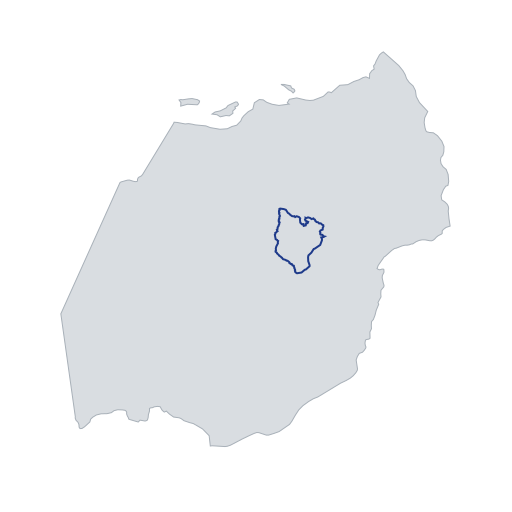 Iringa, Iringa, United Republic of Tanzania (highlighted), rotated 262°
{"feature_id": "72390352B92646008536074", "entity_name": "Iringa", "entity_type": "district", "adm_level": 2, "iso_a3": "TZA", "parent_name": "United Republic of Tanzania", "parent_adm1": "Iringa", "projection": "robinson", "projection_center": [35.361, -7.564], "detail": "medium", "context": "in_parent", "style": "outline", "palette": "blue", "viewbox_px": 512, "rotation_deg": 262, "n_neighbors": 0, "source": "geoboundaries", "source_scale": "gbopen_adm2", "svg_char_len": 5591}
<svg xmlns="http://www.w3.org/2000/svg" viewBox="0 0 512 512"><g transform="rotate(262 256 256)"><path d="M191.1,370.8L185.7,367.6L180.8,365.6L176.8,363.4L175.0,361.3L171.2,360.5L167.9,360.2L164.9,358.2L158.7,357.5L158.0,356.2L157.9,353.3L156.9,352.5L154.6,351.8L152.2,351.8L150.7,352.2L149.8,352.0L147.8,350.3L145.9,348.1L145.2,344.7L142.4,342.4L139.1,340.7L130.0,340.8L128.6,340.3L126.5,338.6L123.9,335.6L121.9,332.3L120.1,327.8L118.2,321.8L107.8,297.6L106.7,293.0L104.6,287.9L101.3,281.7L97.7,277.0L92.9,272.8L87.5,268.6L84.6,265.8L78.9,254.4L77.8,249.1L76.9,243.6L77.2,241.3L80.7,234.2L81.1,232.2L80.6,229.5L78.9,223.8L76.7,216.9L72.2,204.4L71.6,201.2L71.6,198.8L74.2,186.1L74.2,184.3L84.6,184.6L92.2,179.0L98.8,170.6L100.2,167.2L102.9,161.8L105.5,159.1L106.5,157.3L108.0,152.0L111.5,148.3L114.9,145.6L114.2,143.6L114.7,142.9L116.5,141.5L120.1,140.1L120.8,137.4L120.8,134.2L120.2,132.4L120.3,130.4L119.8,129.3L117.4,129.0L114.0,127.4L111.0,126.7L109.0,125.8L108.3,125.1L108.0,123.2L109.6,118.3L108.0,116.3L111.6,108.3L112.2,107.3L113.6,107.1L115.7,106.3L117.6,105.9L119.2,106.2L120.3,105.9L121.4,104.9L122.2,102.2L123.0,97.6L122.6,93.9L121.0,91.0L120.6,86.6L121.3,80.7L120.8,75.8L119.1,71.9L117.4,69.5L114.8,68.4L110.7,62.4L109.4,59.6L109.6,57.7L111.1,57.0L113.7,57.2L116.1,56.6L118.4,54.9L120.7,54.4L121.9,54.7L225.9,54.7L347.6,131.5L348.1,132.5L349.0,139.1L348.8,141.3L347.0,145.1L346.4,147.1L346.4,148.5L346.9,149.1L348.4,149.3L349.8,150.2L350.3,150.9L351.3,153.7L352.7,155.2L398.8,192.9L399.9,193.5L399.2,196.6L396.6,204.3L396.5,207.5L395.4,211.2L394.4,213.7L391.8,224.5L389.5,228.6L386.5,238.0L386.0,245.3L387.6,250.3L388.2,255.1L391.8,259.7L394.6,261.4L396.6,263.5L400.0,268.4L401.9,273.3L408.0,275.7L410.5,281.1L409.6,284.9L406.7,288.0L404.0,293.1L401.9,299.7L401.8,309.9L403.3,308.3L406.5,310.8L406.9,318.3L403.5,327.0L402.5,331.0L402.3,334.5L404.7,344.9L408.4,350.2L408.1,351.9L407.2,353.3L413.4,362.7L412.9,370.8L415.2,377.2L416.2,382.7L417.8,386.9L418.1,389.8L416.1,393.1L420.7,393.9L423.4,396.5L424.6,399.0L427.9,398.9L429.7,400.7L432.3,402.1L438.0,406.3L439.5,408.5L440.4,410.5L424.7,423.9L419.0,427.3L415.0,428.9L410.6,429.8L406.5,431.9L402.6,435.2L397.6,436.9L391.6,436.9L385.2,439.2L375.2,446.2L369.4,442.3L364.8,441.1L359.5,441.2L356.3,441.7L355.2,442.5L354.2,444.9L353.3,448.8L349.8,452.5L343.8,456.0L338.2,457.4L333.1,456.5L329.7,455.0L327.9,452.9L325.2,452.0L321.7,452.1L318.4,453.6L315.2,456.4L310.0,457.6L303.0,457.2L299.2,455.9L298.7,453.6L295.6,450.8L290.0,447.7L285.8,447.7L283.2,450.6L280.7,452.5L278.5,453.3L276.6,453.4L273.7,452.6L265.9,452.3L258.6,452.4L257.8,448.1L256.3,445.4L255.0,443.9L252.4,443.5L251.7,442.3L250.9,439.6L249.6,437.3L248.0,435.4L247.0,433.7L246.6,432.1L246.9,430.3L248.4,425.9L248.9,422.8L248.7,419.7L247.9,416.6L246.1,412.8L246.3,411.7L245.7,409.1L245.7,407.3L246.0,405.1L245.7,402.1L244.2,395.8L244.2,394.2L242.6,391.1L237.7,383.9L237.4,382.9L229.7,375.7L226.7,374.1L225.6,375.4L225.1,376.7L225.5,379.0L225.3,380.2L225.0,380.7L223.1,380.6L222.0,380.4L219.1,378.4L216.8,377.9L211.2,378.3L209.2,378.7L207.7,378.3L204.7,375.0L201.2,374.3L198.1,374.1L192.9,370.3L191.1,370.8ZM408.9,249.2L411.4,257.2L411.1,258.7L409.3,259.6L408.4,259.7L407.2,258.4L406.5,255.7L405.1,256.4L402.8,253.1L400.5,253.0L398.5,249.1L399.3,245.8L398.8,240.0L401.3,237.1L402.7,232.2L404.3,235.5L404.7,240.8L406.8,247.0L408.9,249.2ZM421.2,201.5L421.4,203.4L420.9,205.2L421.0,210.9L420.8,214.6L418.9,219.9L417.3,221.7L416.0,221.2L414.8,220.3L413.9,218.9L415.8,209.3L414.9,202.3L418.4,203.0L421.2,201.5ZM415.8,317.0L414.1,317.5L413.4,317.0L412.3,315.4L414.2,314.1L416.0,311.5L420.3,307.7L422.4,304.6L422.0,307.6L419.6,314.1L417.5,314.5L415.8,317.0Z" fill="#d9dde1" stroke="#a8b0b8" stroke-width="1"/><path d="M262.6,277.4L260.5,276.6L258.8,276.6L258.2,276.0L257.4,276.0L256.4,277.1L255.7,277.1L253.9,278.7L253.3,278.8L251.8,280.5L250.8,281.1L250.7,281.5L249.1,282.3L248.2,284.4L247.3,285.7L247.1,285.7L247.0,286.4L246.4,287.1L245.3,288.1L244.5,288.1L244.4,288.5L243.5,289.0L243.3,289.7L243.0,289.7L242.7,290.1L242.7,290.6L241.6,290.9L241.1,292.1L240.3,292.0L239.3,292.4L238.8,292.2L237.1,292.8L236.6,292.5L235.8,292.8L235.0,292.5L233.8,293.4L233.2,294.2L233.3,298.8L235.6,302.4L235.7,303.5L238.4,307.6L239.5,307.8L243.6,307.0L247.6,307.4L249.3,308.0L251.6,311.3L254.9,314.1L255.1,315.2L258.0,321.1L262.4,323.5L263.8,323.7L265.3,323.2L265.4,325.5L265.8,326.5L266.1,325.7L267.7,324.7L268.2,322.9L268.9,322.6L270.3,323.0L271.3,322.6L272.3,323.4L272.9,325.7L274.6,326.0L275.9,326.9L277.2,326.9L277.5,326.1L279.1,324.9L279.5,324.0L279.4,323.1L280.8,322.1L281.2,320.6L282.2,320.1L282.5,319.6L283.8,319.4L284.5,318.4L285.2,318.1L284.8,316.2L286.1,314.9L287.0,312.9L286.4,310.7L286.8,310.3L285.8,310.1L285.3,309.6L284.1,309.9L282.5,312.4L281.7,311.9L281.3,311.6L281.4,310.2L279.4,309.5L279.2,307.5L281.0,307.5L281.0,306.9L280.7,306.5L281.0,305.9L282.9,304.5L286.1,304.6L287.1,305.0L288.6,304.0L289.7,301.8L289.1,300.2L290.1,299.6L290.0,298.8L290.5,297.2L292.4,295.3L293.2,294.9L294.2,293.6L297.6,292.0L298.6,290.0L299.6,286.5L299.5,286.1L299.3,285.7L298.4,285.9L297.8,285.5L297.8,285.2L296.7,284.9L295.7,284.9L295.4,285.2L294.6,284.7L292.3,285.3L291.6,284.6L290.5,284.5L290.0,284.1L289.5,284.3L289.0,283.7L288.0,283.4L287.2,283.8L286.9,283.5L286.2,283.8L286.2,283.5L285.6,283.7L284.2,283.4L283.4,282.7L283.2,282.8L282.4,282.4L281.4,281.4L279.7,281.1L279.1,280.3L277.8,280.7L277.8,280.3L276.8,279.7L276.2,278.3L275.3,278.3L274.5,277.6L269.9,277.8L268.9,279.2L268.3,279.4L267.8,280.0L266.7,279.5L265.5,279.5L262.6,277.4Z" fill="none" stroke="#1e3a8a" stroke-width="2"/></g></svg>